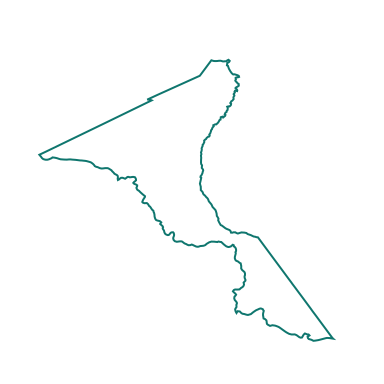 outline of Nova Esperança do Piriá, Pará, Brazil, rotated 276°
{"feature_id": "56859067B92055501543930", "entity_name": "Nova Esperança do Piriá", "entity_type": "district", "adm_level": 2, "iso_a3": "BRA", "parent_name": "Brazil", "parent_adm1": "Pará", "projection": "robinson", "projection_center": [-46.972, -2.395], "detail": "fine", "context": "isolated", "style": "outline", "palette": "teal", "viewbox_px": 384, "rotation_deg": 276, "n_neighbors": 0, "source": "geoboundaries", "source_scale": "gbopen_adm2", "svg_char_len": 6031}
<svg xmlns="http://www.w3.org/2000/svg" viewBox="0 0 384 384"><g transform="rotate(276 192 192)"><path d="M279.2,137.8L279.6,140.2L278.9,142.3L252.1,99.3L216.8,42.4L213.1,36.3L212.3,37.1L211.5,38.0L210.2,39.1L209.2,40.6L208.9,42.1L208.8,43.2L209.0,44.8L209.5,46.2L210.5,48.0L211.1,49.0L211.8,49.6L211.8,51.3L211.7,52.8L211.5,54.3L211.0,56.5L210.8,57.9L210.9,61.4L211.1,64.2L211.5,66.0L211.7,67.8L211.7,69.6L211.8,73.1L211.7,77.3L211.8,78.9L211.8,82.8L211.7,84.0L211.4,85.9L211.1,87.6L210.8,88.6L210.1,89.8L209.6,90.6L208.6,91.8L207.6,92.6L207.0,94.2L206.9,95.4L206.1,97.8L205.9,99.5L206.1,100.9L206.7,103.3L206.9,105.4L206.7,106.5L205.2,109.6L204.3,110.4L203.7,111.2L202.9,112.2L202.1,112.9L201.7,113.8L201.4,114.6L200.8,115.9L200.1,116.5L198.6,116.8L197.4,116.7L196.2,117.1L197.0,118.3L197.9,119.0L198.7,120.0L198.9,121.5L198.2,124.1L199.3,125.4L200.2,126.2L200.4,127.4L200.1,128.6L200.3,129.6L200.8,131.3L200.9,132.6L200.6,133.9L199.0,134.9L197.8,135.1L196.7,134.2L196.0,133.4L194.9,132.7L194.0,133.8L193.7,135.3L192.9,136.8L191.8,136.8L190.6,136.3L189.8,136.5L188.6,137.3L187.9,138.5L187.5,139.4L186.9,140.0L186.2,140.9L184.6,143.1L182.9,145.7L182.1,145.7L179.2,144.2L176.9,143.6L176.2,144.4L175.9,145.8L176.1,147.3L176.3,148.2L175.2,149.7L173.7,150.7L173.0,151.9L170.2,154.2L169.4,155.5L168.1,155.9L167.4,156.4L165.7,157.0L163.5,157.4L161.6,158.2L160.4,159.2L160.0,160.5L159.7,163.0L158.6,164.6L156.9,163.7L155.6,165.4L155.1,166.2L154.0,166.9L153.0,166.6L152.1,167.0L150.7,168.2L148.9,168.8L148.0,169.4L147.3,170.1L146.9,171.1L146.6,172.3L146.8,173.3L147.5,174.0L148.2,174.4L149.2,175.1L149.7,175.9L150.0,177.3L149.3,178.1L148.0,178.6L146.7,178.7L145.3,178.3L144.2,178.1L142.6,178.6L141.3,180.0L140.9,182.0L141.1,183.0L141.5,184.4L141.8,186.3L141.7,187.3L140.1,189.9L139.6,191.7L139.1,192.8L138.7,194.1L139.0,195.9L139.7,197.2L139.5,198.1L138.8,200.0L138.2,201.8L138.1,203.1L138.3,204.2L139.1,205.9L139.7,208.9L140.2,210.1L140.7,210.9L141.9,211.9L143.8,214.4L144.3,215.6L144.7,216.5L144.9,219.3L144.9,222.5L145.5,223.4L145.3,225.3L145.3,226.4L143.3,229.0L142.0,231.0L141.5,231.9L141.1,233.6L141.2,234.6L141.9,236.3L142.8,237.1L143.8,238.1L143.4,239.1L142.3,239.3L141.8,240.3L140.6,241.4L139.1,241.9L137.9,242.0L136.7,241.5L135.9,241.9L135.1,241.9L131.9,241.4L130.6,241.5L129.3,242.1L128.5,242.7L128.1,243.6L127.8,244.8L126.4,247.0L126.1,247.9L124.7,248.3L123.6,248.7L122.6,248.8L121.1,248.9L119.9,249.8L119.3,250.5L118.5,251.7L117.8,252.6L116.6,253.2L114.9,253.4L113.8,253.1L112.7,253.2L111.5,253.6L110.4,254.3L109.4,254.4L108.5,253.7L107.3,252.8L105.5,253.4L104.4,253.2L103.5,252.8L102.6,252.0L101.6,250.7L100.1,249.4L99.8,247.8L99.6,245.6L99.4,244.7L98.8,243.8L97.5,243.1L96.6,244.1L95.5,245.7L94.5,246.6L93.4,246.0L92.4,245.2L90.7,245.1L89.1,245.8L88.2,246.8L86.8,248.1L85.8,248.3L84.4,247.9L82.8,248.2L82.0,248.2L80.7,247.4L79.7,247.2L78.2,247.7L77.4,248.1L76.3,248.9L78.2,249.8L78.2,252.0L76.7,253.8L76.2,255.0L76.1,256.8L75.8,258.2L75.6,259.6L75.6,260.6L76.7,263.3L77.4,264.0L78.2,264.8L79.0,265.6L80.8,267.7L81.4,268.6L82.1,269.9L82.8,271.0L83.3,272.1L83.3,273.1L82.8,274.7L82.1,275.1L81.3,275.8L79.4,275.5L78.3,275.4L77.0,275.5L73.7,276.4L73.2,278.0L72.1,279.4L71.2,279.7L69.7,280.0L68.7,280.3L68.0,281.2L67.0,283.6L67.9,285.9L67.8,288.5L67.6,289.6L67.0,291.8L66.5,293.0L66.0,293.9L63.2,298.8L62.3,300.5L61.7,301.9L61.1,303.4L60.9,304.6L60.7,306.0L61.0,308.2L61.1,309.2L60.6,310.9L58.8,314.0L58.5,315.4L58.8,316.6L61.9,318.0L63.1,319.1L62.4,321.5L62.5,322.8L61.6,323.8L60.2,322.1L58.8,322.6L58.0,323.5L57.5,326.3L56.7,328.3L57.1,330.2L57.9,333.1L58.7,335.3L60.5,340.0L61.0,341.5L61.1,344.2L60.9,347.7L61.6,346.8L78.4,331.4L81.8,328.3L86.1,324.3L88.6,322.1L100.5,311.2L103.3,308.6L108.0,304.3L111.1,301.4L112.6,300.1L114.4,298.4L123.8,289.8L135.0,279.5L140.9,274.1L148.0,267.6L153.8,262.3L153.8,260.7L154.1,259.6L154.2,257.9L155.3,254.9L156.0,251.7L156.9,250.4L157.1,248.2L157.0,246.9L157.0,245.6L156.4,244.0L156.0,243.1L155.5,242.0L155.8,240.6L156.4,239.4L156.3,237.7L155.7,236.2L155.7,235.0L156.9,234.6L157.8,233.7L158.2,232.9L158.9,230.4L159.4,229.1L161.7,225.3L162.1,224.0L164.6,222.2L166.6,221.0L168.3,221.1L170.0,219.9L170.8,219.2L173.2,218.7L175.4,217.8L176.5,217.2L178.1,215.4L179.3,214.0L180.9,213.1L181.7,212.6L184.5,209.7L186.6,208.7L187.7,207.7L188.3,206.8L189.8,205.3L190.8,203.8L191.6,203.2L192.4,202.9L193.2,202.4L194.9,200.5L195.9,200.5L196.9,200.3L198.1,200.2L201.1,199.0L204.3,199.4L207.1,199.7L207.6,198.9L208.6,198.9L209.3,199.5L210.9,200.1L211.7,200.4L213.6,200.6L214.4,200.9L215.5,200.6L217.0,199.2L219.6,199.2L220.6,198.3L222.0,197.9L225.7,197.6L226.9,197.6L229.2,197.1L230.7,197.4L232.3,196.8L233.7,197.2L235.3,197.3L236.5,197.0L239.0,197.8L239.9,197.6L240.7,198.2L242.9,199.0L244.4,198.7L245.5,199.6L246.1,200.4L247.3,200.9L248.7,202.3L249.0,203.3L249.9,203.7L251.0,203.2L252.2,204.0L253.3,204.2L254.3,204.5L255.3,204.5L256.5,205.3L257.4,205.4L258.4,205.8L259.6,206.7L260.6,206.2L261.7,208.0L261.8,209.1L263.6,210.6L264.9,211.3L266.5,211.9L267.0,212.8L269.4,212.8L270.2,214.7L269.4,215.2L271.2,217.0L272.2,217.2L272.7,216.4L274.4,217.0L275.2,218.0L276.5,218.1L277.3,218.8L279.3,218.8L280.5,218.1L281.0,219.3L281.0,220.3L281.9,221.2L282.6,221.6L283.8,221.7L284.5,220.8L285.4,221.3L286.2,221.5L287.1,222.6L288.8,223.7L290.1,223.3L291.3,223.5L292.2,224.1L293.0,223.8L293.7,223.2L295.4,224.2L296.2,223.8L297.2,224.2L297.3,225.2L297.1,226.3L297.9,226.4L298.7,225.9L299.3,225.0L299.9,224.4L300.8,225.1L301.5,226.2L302.6,227.4L303.5,227.3L304.5,227.0L304.7,226.1L305.9,225.0L306.6,223.9L307.5,223.4L308.5,223.9L310.0,223.4L310.6,224.1L310.8,225.5L311.4,226.8L312.2,226.5L312.8,225.4L313.3,223.1L313.5,221.9L313.2,220.7L314.2,219.2L316.1,217.5L318.5,215.8L321.3,214.5L321.6,213.5L323.9,213.6L325.2,215.3L326.3,215.8L327.3,214.5L326.6,213.3L325.6,212.5L325.5,211.1L325.2,210.2L325.1,209.0L325.4,207.6L325.5,206.5L325.3,205.0L324.9,203.4L324.6,201.1L324.6,199.6L325.0,197.5L310.2,188.7L308.4,187.6L288.7,153.9L287.9,152.5L284.9,147.4L279.2,137.8Z" fill="none" stroke="#0f766e" stroke-width="2"/></g></svg>